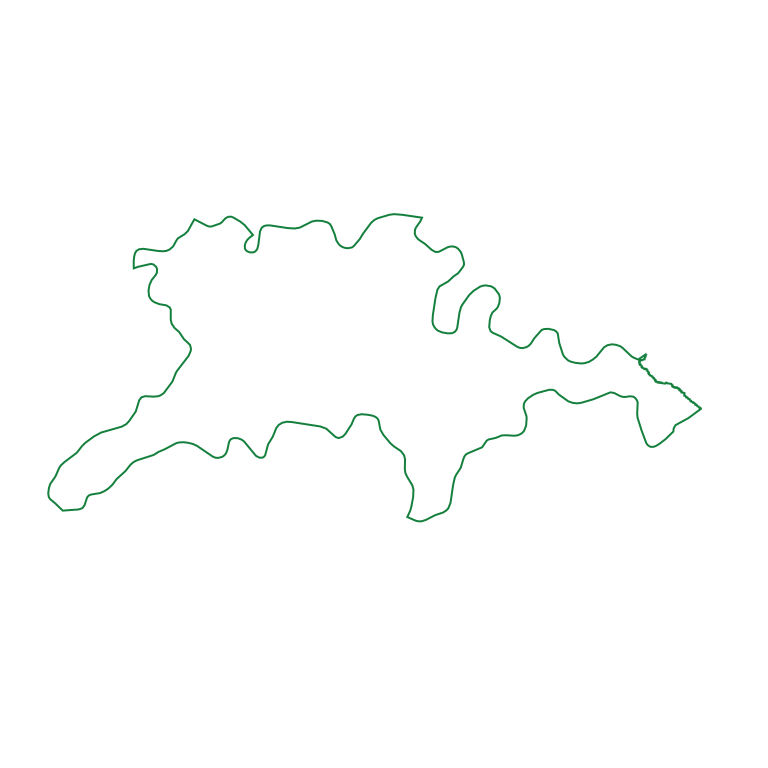 San Cristóbal, San Cristóbal, Dominican Republic, rotated 278°
{"feature_id": "3306468B49798152350174", "entity_name": "San Cristóbal", "entity_type": "district", "adm_level": 2, "iso_a3": "DOM", "parent_name": "Dominican Republic", "parent_adm1": "San Cristóbal", "projection": "robinson", "projection_center": [-70.119, 18.417], "detail": "fine", "context": "isolated", "style": "outline", "palette": "green", "viewbox_px": 768, "rotation_deg": 278, "n_neighbors": 0, "source": "geoboundaries", "source_scale": "gbopen_adm2", "svg_char_len": 6151}
<svg xmlns="http://www.w3.org/2000/svg" viewBox="0 0 768 768"><g transform="rotate(278 384 384)"><path d="M534.8,289.9L527.1,278.8L525.6,274.0L525.0,266.9L525.2,249.3L524.8,246.1L523.8,243.3L521.7,241.1L517.7,240.0L504.1,240.2L500.0,239.7L497.6,238.3L496.6,237.1L496.0,235.6L495.7,232.7L496.5,229.7L497.5,228.4L498.7,227.5L501.5,226.9L504.4,227.2L507.2,228.3L509.8,230.1L513.3,233.5L521.9,224.0L524.8,219.1L527.8,211.9L528.4,209.6L528.1,207.2L527.0,205.1L525.4,203.4L521.6,200.9L520.0,199.2L516.1,191.6L515.6,189.2L516.0,186.8L520.7,173.3L508.2,168.5L504.6,165.7L499.7,159.8L497.4,158.5L490.8,156.0L487.3,152.9L485.6,150.1L484.7,146.9L484.3,141.9L484.4,126.9L483.3,122.6L481.3,120.3L478.6,119.2L475.7,118.9L471.1,119.0L463.7,120.1L465.9,124.3L470.5,136.5L470.3,139.0L468.3,142.1L466.2,143.3L462.4,143.6L460.1,142.7L454.7,139.5L449.4,138.0L443.8,137.8L438.4,139.1L436.2,140.6L434.4,142.6L433.1,145.0L431.8,150.4L431.6,157.5L430.0,161.1L428.0,162.5L417.9,163.9L414.2,165.3L410.4,168.7L407.0,173.9L400.7,179.5L395.8,186.4L392.3,187.9L389.8,188.0L384.7,186.6L368.7,177.5L366.3,176.4L356.9,174.1L344.3,167.2L341.6,164.2L340.4,161.8L339.4,157.5L338.7,149.2L337.1,145.7L333.9,143.9L322.2,142.0L311.7,136.7L308.4,134.4L305.2,130.1L296.6,110.7L291.9,104.3L284.2,96.4L280.5,93.6L273.2,89.4L262.1,78.3L258.5,75.4L255.9,74.1L246.7,71.5L238.6,67.4L234.5,66.7L229.1,66.7L225.4,67.8L223.5,69.5L220.0,75.1L213.9,83.5L217.3,99.2L219.1,102.6L222.2,104.3L230.4,105.8L232.4,107.1L233.7,109.1L236.5,118.1L238.9,121.9L241.9,125.4L246.5,129.1L252.6,132.4L261.7,140.0L268.8,144.2L271.8,146.8L274.1,150.1L281.7,165.8L285.4,170.2L288.7,175.7L296.6,186.7L297.7,189.5L298.5,194.1L298.5,198.7L298.0,203.3L296.7,207.5L288.3,224.5L287.6,227.1L287.7,230.0L289.3,233.9L291.1,235.8L293.3,237.2L297.2,238.1L304.8,238.6L307.1,239.4L308.1,240.2L309.5,242.5L310.0,246.6L309.1,250.8L307.5,253.6L295.1,267.1L293.7,270.9L294.1,273.6L294.7,274.8L296.7,276.2L308.0,277.6L316.4,281.2L325.5,283.5L328.9,285.5L331.5,288.7L333.1,293.0L333.5,297.9L333.1,326.8L331.7,333.1L324.8,343.4L324.2,346.0L324.4,347.3L326.2,350.5L329.2,352.7L339.5,357.5L345.7,359.1L347.9,360.2L349.7,362.2L351.0,366.4L351.3,372.6L351.0,377.2L350.3,380.1L348.8,382.5L346.8,383.9L338.4,386.7L333.6,390.4L326.2,398.6L323.6,402.5L319.9,410.1L316.2,413.8L312.5,415.3L303.0,416.4L299.0,417.5L295.4,419.8L287.5,426.2L283.4,427.9L275.9,428.6L266.7,428.2L262.2,427.6L255.5,425.6L253.0,434.6L252.8,437.5L253.3,440.4L255.3,444.5L261.3,453.0L265.0,460.5L267.7,463.5L269.9,465.0L275.5,466.4L293.5,466.5L300.9,467.1L303.7,467.9L311.9,471.7L321.2,473.1L323.7,473.8L325.8,475.1L327.3,477.1L335.0,490.0L342.1,493.5L343.6,495.2L346.1,502.0L349.4,507.7L350.2,511.6L350.9,520.3L351.7,523.2L353.0,525.6L354.8,527.7L357.0,529.2L362.4,530.5L369.4,530.1L372.1,529.5L379.9,525.6L383.9,525.3L386.5,526.2L390.0,528.7L394.1,533.3L396.5,537.2L401.3,548.4L401.7,552.2L401.1,554.5L397.9,558.6L392.5,568.9L391.6,573.3L391.7,577.9L392.9,582.1L398.1,593.6L407.2,609.3L407.2,613.0L404.8,619.8L404.5,622.5L404.8,625.0L406.1,629.3L406.1,632.8L405.0,634.9L403.2,636.6L401.0,637.8L390.2,638.8L386.1,639.7L374.1,645.4L361.9,652.0L360.2,653.7L359.1,655.9L358.9,657.2L359.4,659.9L360.7,662.2L363.3,665.3L368.6,670.5L377.1,677.1L380.6,677.1L383.8,678.4L392.7,690.3L403.5,701.3L404.0,701.0L404.0,700.4L404.5,700.4L404.5,699.2L405.6,698.5L405.6,697.3L406.7,696.7L406.7,695.4L407.3,695.4L407.3,694.8L408.3,694.2L408.3,692.9L408.9,692.9L409.4,690.4L410.0,690.4L410.0,689.8L410.5,689.8L411.1,688.6L411.6,688.6L411.6,687.3L412.7,686.7L412.7,685.4L413.2,685.4L413.2,684.8L414.3,684.2L414.3,682.9L416.5,682.9L416.5,682.3L417.0,682.3L417.0,679.8L418.1,679.8L418.1,679.2L418.7,679.2L418.7,677.9L419.2,677.9L419.2,677.3L420.3,677.3L420.3,676.1L420.8,676.1L420.8,674.8L421.4,674.8L421.4,673.6L420.8,673.6L420.8,672.3L421.4,672.3L421.4,670.5L421.9,670.5L421.9,669.8L423.0,669.8L423.0,669.2L424.1,668.6L424.1,663.6L424.6,663.6L424.6,663.0L423.5,662.3L423.5,658.6L424.1,658.6L424.1,658.0L423.5,658.0L423.5,656.7L424.1,656.7L424.1,655.5L423.5,655.5L423.5,654.9L424.1,654.9L424.1,653.0L424.6,653.0L424.6,652.4L425.7,652.4L425.7,651.7L426.3,651.7L426.8,650.5L427.4,650.5L427.4,649.9L427.9,649.9L428.4,648.6L429.0,648.6L429.5,646.1L430.1,646.1L430.6,644.9L431.7,644.9L431.7,644.2L432.8,644.2L433.3,643.0L434.4,643.0L434.9,641.7L435.5,641.7L435.5,640.5L434.9,640.5L434.9,639.9L435.5,639.9L436.0,637.4L436.6,637.4L436.6,636.8L437.7,636.8L438.2,635.5L438.7,635.5L438.7,634.9L439.3,634.9L439.3,634.3L440.9,634.3L440.9,633.6L442.0,633.6L442.0,634.3L443.1,634.3L443.1,634.9L443.6,634.9L443.6,636.8L444.7,637.4L444.7,638.6L447.4,638.6L447.4,639.2L448.0,639.2L448.0,638.6L449.1,639.2L449.1,638.6L449.4,638.6L443.6,632.3L444.7,628.0L445.8,625.3L452.7,615.6L454.2,612.9L455.1,608.5L455.0,604.1L453.5,599.9L451.0,596.8L440.6,590.5L437.3,587.4L434.4,583.8L432.5,579.6L431.8,576.6L431.6,570.5L432.1,565.9L433.0,563.0L436.2,558.6L438.3,557.0L448.8,551.9L458.3,549.0L460.1,547.1L461.1,544.6L461.5,539.1L460.7,535.0L459.5,532.6L450.1,526.4L444.2,523.7L442.1,522.1L440.4,520.1L438.8,516.3L438.7,513.4L439.4,510.7L447.3,493.4L449.9,484.4L451.2,482.2L454.8,480.3L461.8,479.9L466.2,480.3L470.0,481.5L474.3,485.1L476.4,486.1L480.1,486.9L485.3,486.8L488.7,485.5L494.0,480.2L495.6,476.7L495.8,471.1L495.1,468.2L493.7,465.5L488.7,459.7L484.0,456.0L473.4,450.5L470.8,449.5L464.9,448.8L450.2,448.7L447.6,448.2L445.3,446.7L443.8,444.3L443.0,440.2L443.2,434.4L444.3,430.0L445.8,427.6L447.7,425.7L449.9,424.2L452.8,423.3L458.8,422.8L476.1,423.0L484.9,423.8L488.5,425.5L494.5,433.3L500.1,437.8L504.0,442.0L511.1,446.0L513.3,446.6L515.6,446.2L523.4,442.9L525.7,441.4L528.3,438.5L529.5,436.0L529.8,433.1L529.3,430.2L528.1,427.7L522.6,420.0L522.0,417.4L522.1,416.0L523.6,412.3L528.4,405.2L531.4,398.9L532.9,396.7L534.8,394.9L537.0,393.6L541.0,393.2L543.4,393.9L550.1,397.3L554.0,398.5L554.1,378.5L553.6,370.4L552.4,366.0L547.3,354.7L544.9,351.4L541.8,348.8L530.3,342.5L524.1,339.8L516.8,335.2L514.9,333.5L513.5,329.7L513.3,326.8L513.8,324.0L514.9,321.4L516.6,319.3L519.6,316.8L525.6,314.2L533.0,309.8L534.9,308.1L536.1,305.7L536.9,300.1L536.3,294.1L534.8,289.9Z" fill="none" stroke="#15803d" stroke-width="2"/></g></svg>